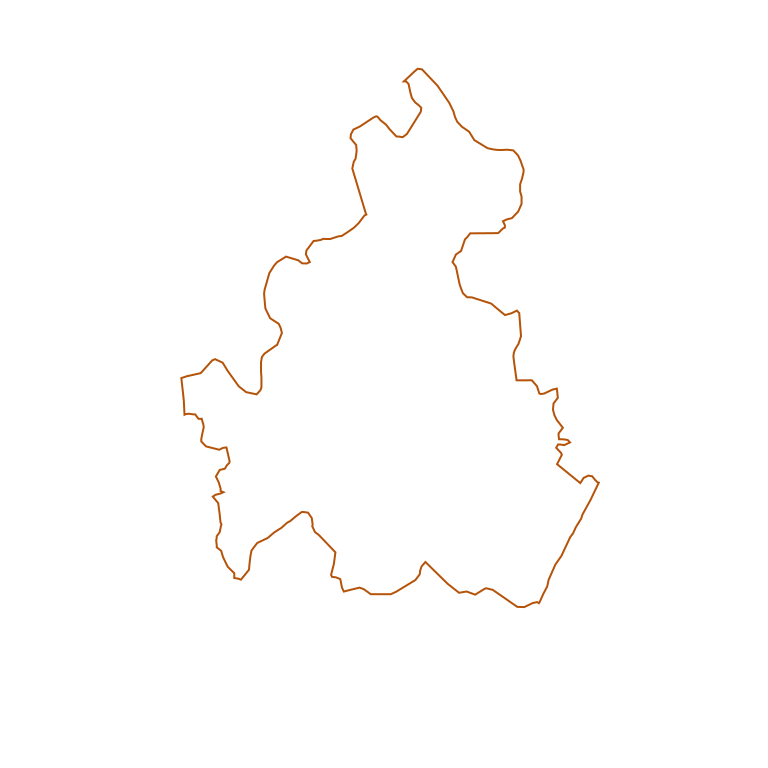 outline of Abu Kabir, Ash Sharqiyah, Egypt, rotated 333°
{"feature_id": "37247803B57835659409223", "entity_name": "Abu Kabir", "entity_type": "district", "adm_level": 2, "iso_a3": "EGY", "parent_name": "Egypt", "parent_adm1": "Ash Sharqiyah", "projection": "robinson", "projection_center": [31.698, 30.732], "detail": "fine", "context": "isolated", "style": "outline", "palette": "amber", "viewbox_px": 768, "rotation_deg": 333, "n_neighbors": 0, "source": "geoboundaries", "source_scale": "gbopen_adm2", "svg_char_len": 4438}
<svg xmlns="http://www.w3.org/2000/svg" viewBox="0 0 768 768"><g transform="rotate(333 384 384)"><path d="M422.5,649.6L423.6,649.0L428.9,644.8L430.0,643.8L437.5,638.5L441.8,633.2L454.7,622.7L464.2,617.6L469.4,613.5L475.0,609.2L480.3,605.0L484.6,602.9L489.9,598.7L498.5,593.5L501.7,590.3L503.2,589.3L515.6,580.9L519.1,578.2L530.6,569.4L529.5,568.3L528.5,565.0L528.1,563.1L527.6,560.7L526.7,560.1L524.5,558.4L519.2,558.3L513.9,561.4L501.8,534.0L505.8,531.1L510.4,527.7L510.4,525.6L508.5,519.0L511.7,516.9L513.8,518.1L516.9,520.3L521.1,520.4L523.2,520.5L522.5,518.1L522.2,517.2L519.1,515.0L517.0,513.8L514.9,512.7L516.1,509.3L517.1,507.3L523.5,504.2L521.6,494.4L521.7,491.2L521.7,489.0L522.9,483.6L525.8,479.0L526.2,478.3L528.3,477.3L532.6,475.2L535.0,469.0L535.9,466.6L531.7,465.5L528.6,465.4L525.4,465.3L522.3,465.2L519.1,464.1L518.1,463.0L519.3,455.4L517.4,447.8L506.9,442.5L503.8,440.9L508.6,427.1L511.7,418.4L513.8,415.2L516.0,413.1L519.2,411.0L520.0,410.5L521.8,409.5L524.6,406.8L527.8,403.6L528.7,401.4L530.0,398.3L530.5,397.0L536.7,382.2L535.9,379.7L535.7,378.9L533.6,378.9L529.4,378.8L523.1,377.5L520.2,370.9L517.9,365.5L517.0,363.3L516.1,361.1L501.6,346.7L497.4,344.4L495.5,338.9L495.8,335.7L496.4,331.0L496.7,329.2L500.2,316.3L501.3,312.0L500.4,306.5L505.6,302.3L506.8,301.3L513.1,300.4L521.8,291.9L524.9,290.9L529.2,288.9L554.2,301.4L560.6,299.4L562.7,299.5L563.8,297.3L563.9,293.0L568.1,293.1L573.3,294.3L575.8,293.4L581.8,291.3L582.8,290.5L588.3,286.0L591.6,279.6L592.7,274.2L596.0,267.8L600.3,263.6L604.7,258.3L605.8,256.1L606.4,251.4L607.0,247.5L607.2,241.0L605.2,234.5L600.0,231.1L597.5,230.0L594.8,228.8L590.6,226.5L587.5,224.3L583.3,220.9L575.2,207.7L574.4,197.9L570.3,190.3L568.3,183.7L568.5,178.3L569.6,172.9L569.8,163.2L567.1,142.5L560.7,120.9L557.1,118.4L552.9,119.4L539.1,123.4L541.1,124.5L542.1,127.8L539.8,136.4L538.7,141.8L539.6,147.2L541.6,151.6L542.6,154.9L540.4,158.1L518.0,171.6L512.7,172.6L510.4,170.9L509.6,170.3L507.5,169.2L504.6,159.4L503.6,153.9L500.6,147.3L499.6,143.0L498.6,141.9L495.4,141.8L479.6,143.6L475.4,143.5L472.2,143.4L467.9,146.5L465.8,149.7L466.7,154.1L467.7,158.4L465.5,163.8L461.1,170.2L457.9,172.3L453.6,177.6L449.3,201.3L445.2,223.9L445.2,225.0L443.1,225.0L434.6,229.1L428.2,231.1L421.8,232.0L413.4,232.9L410.3,231.7L401.9,230.4L399.8,229.3L397.7,228.2L395.6,227.0L393.5,227.0L389.3,225.8L386.2,224.6L379.9,227.7L375.5,229.8L373.3,233.0L373.2,239.5L373.2,241.7L372.1,241.6L371.3,241.6L370.0,241.6L365.8,239.3L363.8,234.9L358.4,229.7L354.5,226.0L351.4,226.3L344.0,226.9L340.0,228.5L336.8,230.4L332.2,233.1L323.7,242.3L320.4,245.8L318.2,249.0L316.0,254.3L312.6,262.9L312.4,273.7L314.8,277.9L317.5,282.5L317.4,286.9L316.2,292.2L307.7,299.6L306.6,300.7L305.5,300.6L291.2,302.7L287.5,304.5L284.3,308.8L279.9,317.4L277.7,322.7L273.3,331.3L271.1,333.4L265.8,335.4L257.5,328.7L253.5,320.0L250.7,301.5L249.9,291.7L244.7,285.1L241.6,285.0L229.4,289.7L225.6,291.1L214.6,288.3L212.0,287.6L208.0,287.0L206.1,286.7L201.0,300.3L198.1,307.9L192.3,320.8L193.7,320.8L196.8,322.0L199.9,324.2L202.0,325.4L202.9,330.8L205.0,331.9L205.8,332.2L204.9,336.3L204.9,337.3L203.8,340.6L199.5,345.9L196.2,350.1L195.1,352.3L197.1,358.8L207.4,367.8L211.6,367.8L214.8,369.0L211.3,383.0L210.2,384.1L207.1,385.1L203.8,387.2L198.6,386.0L192.2,390.1L192.1,396.6L190.9,403.1L189.8,405.2L191.8,407.5L188.7,407.4L183.4,406.2L180.3,406.7L182.2,414.8L178.8,424.5L175.5,433.1L175.5,435.2L174.4,436.3L171.1,440.5L170.1,441.6L165.8,443.7L164.7,445.8L163.6,446.9L161.5,452.4L160.8,453.6L163.2,458.6L162.0,465.1L161.8,473.8L161.8,475.9L164.7,484.6L162.5,488.9L165.7,491.2L167.7,493.4L174.9,490.2L179.4,488.2L182.7,482.9L187.0,476.5L189.1,473.8L190.3,472.3L192.4,471.2L198.8,468.1L203.0,468.2L210.4,468.4L218.8,466.4L224.9,465.8L227.3,465.6L234.7,463.6L237.9,463.6L246.3,461.7L252.7,460.7L254.8,461.9L257.0,463.5L257.9,464.1L258.8,470.6L256.5,477.1L255.5,478.1L255.3,484.6L257.4,489.0L264.3,511.9L259.9,518.3L257.7,521.5L250.2,530.0L250.2,531.3L250.1,532.2L253.3,534.4L256.3,537.7L256.3,538.8L254.1,546.3L254.0,549.6L254.0,550.7L258.6,551.7L269.7,554.3L272.8,557.6L276.8,565.3L294.6,574.4L297.7,574.5L300.9,574.6L309.9,573.9L323.0,572.9L329.4,569.8L331.6,566.6L332.6,565.6L334.8,563.5L340.1,561.4L350.0,590.9L356.1,604.1L360.2,605.4L363.4,606.4L369.6,613.1L380.1,612.2L382.2,612.3L384.5,614.3L387.4,616.7L401.6,643.1L407.8,646.5L409.0,646.5L417.3,646.7L421.5,647.9L422.5,649.6Z" fill="none" stroke="#b45309" stroke-width="2"/></g></svg>